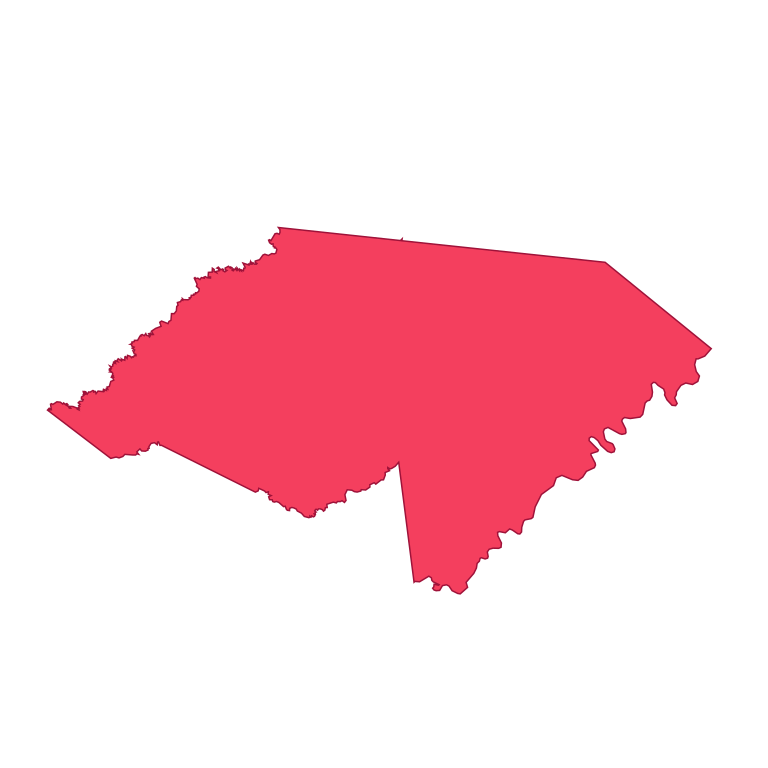 Arauquita, Arauca, Colombia, rotated 135°
{"feature_id": "7082276B94752560507760", "entity_name": "Arauquita", "entity_type": "district", "adm_level": 2, "iso_a3": "COL", "parent_name": "Colombia", "parent_adm1": "Arauca", "projection": "equal_earth", "projection_center": [-71.114, 6.791], "detail": "fine", "context": "isolated", "style": "filled", "palette": "rose", "viewbox_px": 768, "rotation_deg": 135, "n_neighbors": 0, "source": "geoboundaries", "source_scale": "gbopen_adm2", "svg_char_len": 6171}
<svg xmlns="http://www.w3.org/2000/svg" viewBox="0 0 768 768"><g transform="rotate(135 384 384)"><path d="M270.3,473.0L348.0,569.3L348.4,566.8L350.2,564.8L352.2,564.0L353.1,566.2L354.8,567.3L362.7,565.3L362.8,566.9L363.9,567.3L365.0,564.8L364.7,562.4L363.4,561.6L365.1,559.4L364.3,557.9L365.1,557.6L364.3,556.5L364.6,554.9L367.9,553.0L369.6,553.6L371.1,555.6L374.8,556.6L376.5,560.0L378.4,560.8L384.1,559.9L388.1,562.0L389.1,561.1L388.6,559.0L389.5,558.9L390.9,560.4L390.9,562.2L391.9,562.1L391.6,563.4L392.6,563.3L391.8,564.9L393.5,564.0L393.5,563.0L394.8,564.5L395.4,563.7L398.2,569.2L399.7,564.7L400.7,564.2L401.3,565.0L403.3,563.5L404.1,565.5L404.8,564.7L404.9,567.2L406.1,566.2L405.8,570.0L408.0,567.6L407.2,570.8L408.7,570.4L409.1,571.6L410.4,570.6L411.0,571.7L409.2,573.7L409.8,575.2L410.7,574.8L410.7,577.2L414.4,578.3L415.4,576.8L414.8,575.4L417.2,575.8L417.8,578.0L416.8,578.1L416.7,579.4L418.6,580.2L418.5,583.8L420.2,584.1L419.6,582.9L420.3,580.6L423.3,582.4L423.7,581.0L424.6,583.7L423.1,585.1L423.5,587.2L426.4,584.6L429.2,587.1L432.6,584.2L431.0,582.3L431.8,581.6L434.0,584.3L434.4,586.3L436.0,586.9L436.4,586.0L437.9,588.4L440.3,588.0L440.8,590.5L442.5,591.6L442.4,592.9L443.3,593.0L445.7,586.6L447.6,585.7L447.4,582.0L449.4,580.5L451.9,580.8L452.7,581.8L453.5,581.0L455.1,582.1L455.7,581.3L457.6,583.0L459.0,581.8L460.7,582.6L460.8,581.5L463.0,582.1L466.1,585.4L466.2,586.9L467.2,585.6L467.8,586.7L469.6,586.1L472.5,587.7L474.0,585.3L475.7,585.4L479.2,582.5L482.6,582.1L484.5,584.0L489.6,579.7L491.9,580.3L494.0,579.4L496.8,585.8L498.9,586.2L500.9,582.4L506.1,584.8L511.2,585.8L512.1,582.1L513.3,583.1L513.2,584.7L514.3,584.0L513.8,585.3L514.8,586.0L515.4,583.8L516.5,583.1L516.6,585.0L517.5,586.3L516.8,588.1L519.4,587.7L520.0,590.0L521.6,590.5L522.0,589.8L522.7,590.4L527.4,589.1L529.6,591.3L530.6,590.6L532.7,591.9L533.5,590.8L535.2,591.4L534.7,590.7L535.5,588.7L534.6,586.7L536.3,586.6L537.0,588.1L536.2,584.4L537.6,584.0L538.1,584.8L539.2,582.0L538.5,580.4L539.4,579.4L540.5,580.7L542.1,580.2L542.7,581.2L543.8,581.0L543.8,583.0L545.1,585.6L547.6,583.8L547.4,586.2L548.0,586.4L550.5,584.1L551.6,586.4L552.2,586.2L552.1,587.4L553.3,586.2L554.1,589.8L556.4,589.4L556.5,588.3L557.6,590.5L559.1,588.6L559.2,590.6L559.9,590.7L560.2,589.4L561.9,589.8L563.0,588.5L564.5,588.8L565.1,590.5L565.6,588.0L566.7,588.3L566.7,586.9L567.4,588.8L568.4,588.2L568.1,586.1L569.3,586.4L568.1,584.7L568.2,583.4L569.4,582.6L569.6,581.2L570.6,581.8L570.6,580.1L571.3,580.6L571.0,581.9L572.1,581.6L571.5,579.8L572.4,577.8L575.4,579.0L580.0,576.5L582.1,577.7L583.0,575.6L583.7,577.0L584.8,575.7L586.1,578.6L586.9,578.1L586.4,576.9L587.6,576.7L591.2,581.2L594.4,580.8L593.4,582.8L594.9,583.6L594.1,584.3L594.4,585.2L597.6,586.1L598.4,587.2L601.0,586.7L600.4,589.5L602.0,591.4L603.0,589.7L601.4,590.1L601.8,588.7L602.7,588.9L602.3,587.9L604.2,589.0L604.4,588.2L607.1,588.7L608.6,587.3L607.7,585.7L609.2,585.1L611.6,587.0L613.5,586.9L613.2,584.5L615.2,584.6L615.1,583.2L617.0,583.5L617.1,582.1L617.8,582.6L618.1,581.6L618.7,583.2L618.1,584.2L619.9,588.1L622.4,590.8L622.7,588.5L623.6,589.4L623.1,591.3L623.7,594.0L622.2,593.0L622.1,594.4L623.8,595.2L623.9,597.1L625.3,596.9L625.7,600.0L627.9,602.7L632.6,603.7L633.0,605.2L634.1,605.5L637.4,601.0L638.8,602.2L637.6,602.5L637.9,603.6L640.4,603.5L629.8,524.6L625.1,521.8L623.6,519.1L619.9,517.4L617.0,517.5L611.8,511.4L609.8,509.4L608.1,509.4L607.2,507.8L606.8,510.8L602.5,510.7L602.7,508.0L600.2,505.2L597.5,504.2L596.6,505.3L595.6,504.6L594.6,505.9L590.7,506.7L587.8,504.8L587.3,501.4L585.2,503.0L584.4,502.5L585.8,499.0L584.7,498.0L551.4,398.5L548.5,397.4L546.3,398.8L544.1,392.8L544.2,390.7L542.0,389.5L543.9,387.9L542.7,384.9L545.3,385.8L546.7,383.1L544.9,381.1L545.8,379.6L545.1,378.1L543.1,376.9L542.1,374.6L541.7,368.3L540.3,367.4L541.7,364.2L541.6,363.0L540.3,361.3L538.6,362.8L536.5,361.9L535.4,360.2L534.5,357.6L535.1,355.5L533.7,351.0L534.0,346.7L531.7,342.7L530.7,342.1L529.8,343.0L529.6,341.5L528.4,341.9L528.0,340.1L526.8,339.6L525.7,339.9L525.2,341.4L524.6,340.5L523.3,342.2L522.6,341.6L522.4,343.5L520.6,343.5L520.2,341.7L518.7,342.1L517.4,340.8L516.4,338.6L516.7,336.9L515.1,336.6L512.9,338.0L511.5,336.8L509.5,339.4L503.4,336.3L501.8,333.6L500.0,333.8L498.0,331.7L496.2,331.2L495.7,328.2L493.2,328.5L489.9,333.4L484.8,335.2L481.8,331.6L481.1,328.9L479.4,326.6L476.1,324.7L474.8,325.4L471.9,322.0L466.8,321.1L465.3,322.8L460.7,321.1L460.6,319.0L453.9,318.2L452.1,316.6L447.5,318.7L445.8,320.6L441.4,318.8L441.2,321.5L440.4,322.3L439.8,319.7L438.3,318.9L434.2,317.9L428.9,318.3L502.9,222.6L501.8,222.6L498.7,219.0L488.2,216.4L487.5,213.5L489.0,211.4L489.1,209.3L486.9,203.1L487.7,203.1L490.2,207.0L492.3,205.3L494.0,205.2L494.3,203.0L493.3,201.0L490.6,198.7L485.2,200.1L481.8,197.8L480.9,195.2L482.0,189.7L480.0,183.8L478.5,181.7L468.7,181.1L466.2,185.7L454.4,186.6L448.8,188.5L445.0,191.3L441.8,191.3L439.4,192.8L438.0,192.3L436.2,188.8L433.9,187.6L432.3,188.4L429.7,192.2L426.5,192.8L423.0,190.8L419.1,186.7L416.7,185.8L413.4,188.5L410.8,196.2L408.6,198.8L406.8,198.1L403.4,193.0L397.7,192.7L396.5,190.0L395.3,183.5L394.0,181.9L391.4,182.1L387.9,185.3L382.4,188.2L380.3,188.2L375.1,184.7L373.0,184.4L364.0,190.2L350.8,194.6L336.0,192.3L328.5,195.9L322.8,193.6L318.4,183.0L314.9,178.6L309.3,177.7L302.6,179.1L294.4,176.1L291.8,177.1L290.6,178.8L287.8,187.6L286.8,188.4L280.6,185.2L279.1,185.7L279.0,198.9L277.2,200.6L274.6,200.2L273.2,197.4L272.8,192.7L274.0,187.4L273.5,178.2L271.9,174.8L269.2,173.4L266.6,174.8L264.9,179.0L264.8,180.5L267.2,185.9L266.7,189.0L262.7,195.1L259.9,196.4L256.3,194.9L252.6,182.4L251.4,180.2L248.5,178.3L247.3,178.5L244.9,181.4L242.1,189.7L240.1,190.6L237.6,190.2L234.3,185.5L226.3,179.5L222.5,179.6L212.8,185.9L209.7,185.9L207.7,184.7L203.3,185.8L199.9,188.4L195.2,194.8L192.4,194.7L191.1,193.1L191.2,189.3L189.8,182.7L191.5,179.1L193.3,177.9L195.1,172.7L195.4,165.3L193.1,162.5L190.5,162.9L188.3,168.7L185.0,169.7L182.7,171.7L175.0,173.1L169.9,171.3L166.2,165.5L160.3,163.9L155.3,166.6L154.4,172.0L150.7,178.0L145.5,181.1L144.2,179.7L137.4,176.9L127.6,177.6L141.6,313.7L270.1,472.7L268.6,473.8L270.2,473.8L270.3,473.0Z" fill="#f43f5e" stroke="#9f1239" stroke-width="1.5"/></g></svg>